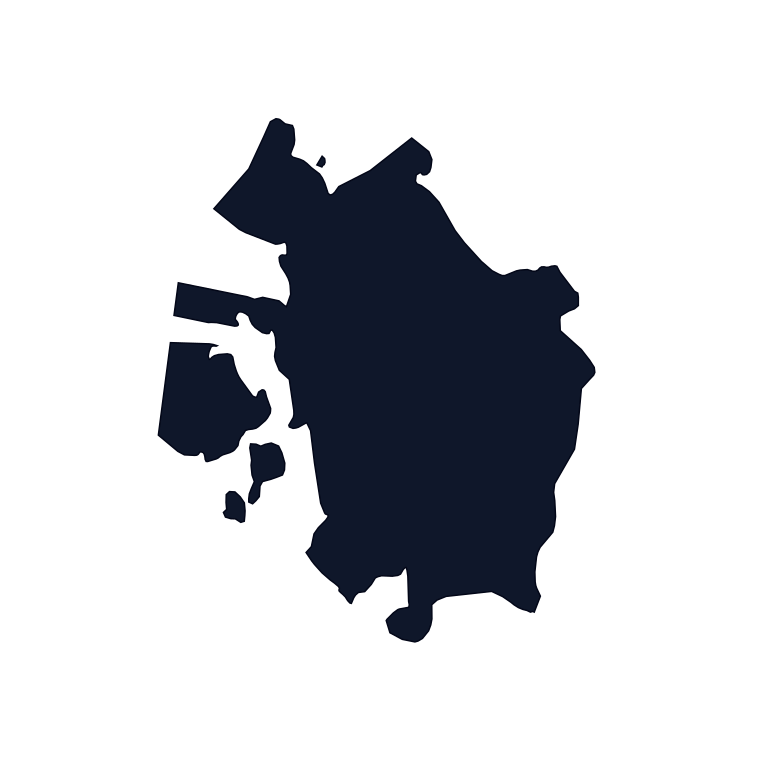 SVG path tracing the border of Fribourg, rotated 317°
{"feature_id": "CHE-3421", "entity_name": "Fribourg", "entity_type": "Canton", "adm_level": 1, "iso_a3": "CHE", "parent_name": "Switzerland", "parent_adm1": "", "projection": "albers", "projection_center": [7.007, 46.724], "detail": "fine", "context": "isolated", "style": "filled", "palette": "ink", "viewbox_px": 768, "rotation_deg": 317, "n_neighbors": 0, "source": "natural_earth", "source_scale": "10m", "svg_char_len": 4591}
<svg xmlns="http://www.w3.org/2000/svg" viewBox="0 0 768 768"><g transform="rotate(317 384 384)"><path d="M479.8,114.7L485.9,116.3L487.7,118.6L488.2,119.8L488.3,120.6L489.1,126.3L493.3,132.5L491.9,136.1L485.1,144.6L481.6,147.5L473.1,151.7L471.8,153.3L472.0,155.9L475.7,162.2L477.3,165.9L478.0,170.1L478.4,176.2L480.1,186.4L479.4,191.2L477.6,196.8L473.1,206.5L473.5,209.0L475.7,210.2L478.8,210.2L485.6,208.8L519.4,218.5L572.0,223.0L575.2,244.6L572.1,252.5L565.9,257.7L562.1,259.8L558.2,259.8L555.9,258.4L554.9,257.1L555.2,254.6L553.9,253.8L550.1,253.1L545.3,257.1L544.6,260.1L546.6,264.5L548.4,274.4L548.2,288.5L540.6,320.4L539.1,335.6L538.8,360.8L540.3,374.9L542.9,382.2L544.4,385.3L546.5,387.2L558.0,391.6L561.2,393.5L566.9,398.1L569.7,403.0L571.7,404.8L574.2,405.7L577.0,405.4L579.1,405.8L581.0,407.5L582.4,409.5L584.2,410.9L586.7,412.0L589.6,414.1L590.7,415.8L588.9,422.3L586.5,446.1L587.7,449.7L585.4,453.0L579.6,459.2L574.6,458.9L568.9,456.6L559.4,454.6L556.5,456.8L549.3,465.2L551.8,493.4L550.6,506.9L549.1,515.2L546.1,519.3L543.3,520.5L536.9,520.9L525.3,521.9L498.6,545.8L478.8,561.6L440.8,573.3L434.2,578.9L429.4,585.7L419.0,598.0L412.0,603.9L406.4,607.5L386.8,609.9L382.0,611.8L377.7,614.4L366.2,624.3L359.7,631.7L357.6,634.8L356.4,637.4L353.7,645.8L338.3,653.3L337.7,651.8L335.5,650.7L334.1,647.1L331.8,643.5L329.8,639.1L328.5,634.1L328.0,630.3L325.8,620.4L321.3,609.1L284.6,581.7L275.5,578.2L268.4,578.0L258.8,588.5L253.9,592.1L248.3,594.9L238.6,596.3L233.6,595.2L230.7,593.7L223.2,583.2L218.7,570.0L224.3,558.5L226.0,558.1L234.7,557.8L240.1,558.4L241.7,559.0L249.8,564.2L251.9,562.7L253.8,559.7L270.3,540.9L273.8,535.9L275.1,533.3L273.9,532.6L271.5,532.8L266.4,534.3L263.5,533.4L259.0,530.2L251.5,522.6L248.0,520.7L245.4,519.9L238.0,521.9L228.3,522.7L223.1,519.0L219.2,518.9L216.1,519.7L210.5,522.2L209.7,520.9L209.7,517.6L210.5,513.4L210.4,509.8L210.1,507.1L210.0,504.9L210.5,504.0L212.2,502.9L212.6,501.0L212.0,495.9L211.0,490.5L209.9,479.9L210.1,468.6L210.5,464.1L212.1,454.1L220.0,453.4L230.6,445.9L238.1,444.3L248.4,443.9L252.2,443.1L253.7,441.8L253.3,440.7L252.5,439.1L252.7,437.7L256.4,428.0L279.2,394.5L298.5,368.0L301.0,360.0L300.3,359.3L291.9,357.2L289.6,356.1L287.2,354.4L285.5,350.9L286.3,349.2L294.9,346.6L297.5,344.7L300.1,341.7L317.9,316.0L316.8,302.6L320.5,292.9L322.9,289.1L325.9,286.5L329.9,283.8L336.4,275.8L338.5,271.7L339.0,268.6L338.3,267.6L337.5,267.5L334.4,268.6L332.5,267.1L330.1,263.5L328.3,254.8L328.4,250.4L329.6,246.2L331.5,242.1L330.8,238.2L329.5,234.9L327.9,233.0L326.6,232.3L324.7,232.4L322.3,233.1L320.5,234.2L319.3,235.3L319.2,237.4L319.0,239.0L318.3,240.8L317.5,241.5L316.1,241.3L314.2,239.8L303.5,225.0L299.7,221.1L297.5,219.3L277.2,190.6L302.6,169.7L343.7,227.3L347.0,233.8L354.4,237.9L363.9,251.6L364.7,258.6L365.4,260.9L376.9,254.8L382.5,248.0L384.4,245.1L386.1,241.1L387.4,236.2L389.0,227.4L391.2,223.0L393.6,219.9L395.8,219.5L397.5,220.1L399.4,222.3L400.7,223.1L402.2,222.4L407.1,216.9L408.4,214.2L408.0,212.3L403.9,210.5L401.7,209.1L400.0,207.7L386.2,179.2L383.7,172.2L379.1,139.8L431.8,134.5L464.5,121.2L479.8,114.7ZM256.0,208.1L283.8,235.7L286.1,238.7L288.1,242.2L287.1,241.9L285.5,240.1L284.0,239.1L282.7,239.0L278.4,240.9L276.2,242.4L274.2,244.0L273.0,246.9L273.8,247.4L276.2,247.1L279.2,247.6L283.1,249.6L290.0,255.1L292.0,258.0L291.8,261.1L287.8,267.5L284.8,273.8L283.6,277.0L282.7,280.1L282.1,283.4L279.7,303.1L280.7,305.7L281.9,306.8L286.8,304.4L290.9,305.1L292.0,306.5L291.9,308.6L289.3,313.2L284.4,324.6L282.4,326.5L280.9,327.7L275.7,329.3L272.4,329.8L263.1,329.5L260.2,329.0L257.3,327.4L253.9,324.9L251.0,323.5L246.4,324.8L243.4,325.0L238.9,326.7L235.2,329.4L229.7,330.2L227.6,330.0L224.6,329.1L217.7,325.8L214.8,325.1L212.4,325.0L210.3,324.4L202.1,320.4L201.1,319.3L201.8,317.2L203.5,314.9L204.7,312.7L205.0,310.8L204.0,308.9L203.0,308.2L200.1,308.7L198.6,308.4L197.0,307.2L189.7,299.7L187.3,292.7L184.1,267.5L256.0,208.1ZM245.6,336.8L249.4,340.8L251.5,345.5L255.9,347.1L261.3,350.3L264.6,357.5L262.4,364.6L257.5,374.2L252.6,379.0L247.7,381.3L241.7,378.9L236.2,376.5L228.6,372.5L223.7,374.1L216.0,381.3L210.6,382.0L206.2,382.0L204.6,378.1L206.8,375.7L210.6,372.5L215.5,370.1L222.6,367.0L225.4,360.6L231.4,352.7L235.2,349.5L239.6,343.1L242.3,339.2L245.6,336.8ZM197.6,357.3L201.4,361.3L201.9,368.5L200.8,375.7L195.9,382.0L192.6,385.2L188.2,389.1L184.9,387.5L183.3,381.2L180.1,378.0L177.3,373.2L179.0,368.4L183.4,368.4L187.7,362.9L193.2,357.3L197.6,357.3ZM494.1,175.2L494.3,178.6L493.5,179.9L492.0,181.7L489.9,182.7L488.5,182.4L486.6,182.9L484.3,178.0L494.1,175.2Z" fill="#0f172a" stroke="#020617" stroke-width="1.5"/></g></svg>